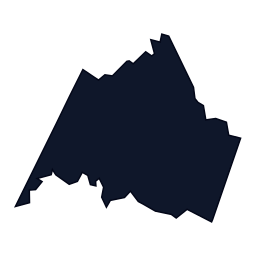 Campbell, Virginia, United States of America (Albers equal-area conic projection)
{"feature_id": "52423323B79148306227906", "entity_name": "Campbell", "entity_type": "district", "adm_level": 2, "iso_a3": "USA", "parent_name": "United States of America", "parent_adm1": "Virginia", "projection": "albers", "projection_center": [-79.136, 37.228], "detail": "fine", "context": "isolated", "style": "filled", "palette": "ink", "viewbox_px": 256, "rotation_deg": 0, "n_neighbors": 0, "source": "geoboundaries", "source_scale": "gbopen_adm2", "svg_char_len": 778}
<svg xmlns="http://www.w3.org/2000/svg" viewBox="0 0 256 256"><path d="M211.6,221.9L212.5,219.8L240.6,138.2L228.7,135.2L226.4,122.2L215.7,118.5L205.8,119.9L203.4,105.6L198.0,102.4L194.9,98.5L193.5,87.3L168.7,36.1L161.8,34.1L160.1,42.1L150.8,39.7L154.5,53.7L151.7,56.0L145.7,51.8L133.2,63.8L129.2,60.9L126.9,61.3L112.4,75.9L104.9,74.8L98.5,80.1L82.9,69.6L69.5,96.4L56.5,123.2L15.4,206.5L29.5,202.7L29.3,190.1L35.6,189.6L42.1,181.6L37.1,178.5L51.2,174.7L52.4,169.5L55.8,174.8L69.2,184.3L77.4,181.4L82.3,172.3L87.8,175.4L90.4,184.6L95.9,185.9L95.6,181.2L99.2,178.3L103.6,187.2L101.7,197.2L106.4,207.2L110.3,200.4L124.5,197.5L130.4,191.1L138.3,201.5L143.2,204.1L155.4,211.1L171.3,214.4L176.2,218.0L187.1,209.3L211.6,221.9Z" fill="#0f172a" stroke="#020617" stroke-width="1.5"/></svg>